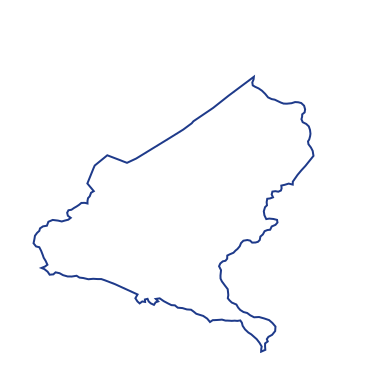 outline of São Bento do Sul, Santa Catarina, Brazil, rotated 292°
{"feature_id": "56859067B90666299888242", "entity_name": "São Bento do Sul", "entity_type": "district", "adm_level": 2, "iso_a3": "BRA", "parent_name": "Brazil", "parent_adm1": "Santa Catarina", "projection": "natural_earth1", "projection_center": [-49.376, -26.295], "detail": "fine", "context": "isolated", "style": "outline", "palette": "blue", "viewbox_px": 384, "rotation_deg": 292, "n_neighbors": 0, "source": "geoboundaries", "source_scale": "gbopen_adm2", "svg_char_len": 2973}
<svg xmlns="http://www.w3.org/2000/svg" viewBox="0 0 384 384"><g transform="rotate(292 192 192)"><path d="M65.2,84.0L64.0,88.0L62.0,91.0L63.7,94.3L66.4,95.6L67.1,99.6L66.6,103.6L67.1,108.3L68.6,112.2L71.1,116.4L70.5,119.7L71.5,123.4L72.3,128.6L74.5,132.9L76.0,137.3L77.3,140.6L77.5,144.3L77.7,155.2L76.6,179.9L72.3,179.3L70.1,182.4L69.1,185.2L71.9,186.9L72.5,189.7L74.7,188.6L76.3,190.8L74.3,192.8L73.3,195.5L73.1,199.0L76.1,199.6L77.9,201.6L79.3,198.5L81.3,201.9L80.2,206.7L79.7,211.5L79.4,215.3L80.5,218.6L79.4,222.1L80.8,226.7L81.2,231.2L82.5,235.2L81.7,238.4L80.7,241.6L81.0,245.2L81.3,248.8L80.3,253.5L78.2,257.4L80.9,259.2L82.2,262.1L83.6,265.0L84.9,267.6L85.3,271.1L86.5,274.3L87.4,277.1L88.7,279.8L89.5,282.4L91.0,284.9L89.5,287.2L86.9,289.1L84.5,292.6L82.8,296.9L82.2,300.3L81.1,303.4L79.8,307.1L77.4,311.2L74.8,314.5L72.4,315.0L69.9,315.9L73.1,319.1L76.4,317.5L79.0,316.5L81.8,318.2L83.6,316.5L86.3,317.1L89.6,319.8L94.2,321.2L98.5,319.8L100.7,315.6L102.1,311.5L101.8,306.3L101.2,301.0L99.1,296.5L99.5,292.2L100.5,288.5L100.0,284.7L100.7,280.9L102.1,278.1L104.3,275.3L104.4,270.3L105.6,267.3L106.9,265.0L110.0,264.3L112.3,263.1L115.3,261.5L117.6,257.6L120.3,253.2L122.4,250.9L125.2,249.7L130.4,248.2L133.3,244.9L136.3,245.0L139.2,246.5L140.8,248.8L143.3,249.6L146.3,248.5L148.5,250.5L151.2,253.2L154.0,254.3L156.2,255.5L159.6,256.6L163.0,256.6L166.1,257.9L168.2,261.3L168.7,264.1L167.6,266.7L168.9,269.7L170.5,271.8L172.9,272.8L176.3,272.1L179.2,273.6L182.9,274.0L185.0,276.2L186.3,278.6L189.9,278.8L192.8,281.7L195.7,282.7L198.0,281.3L197.5,277.7L196.3,273.6L194.7,271.0L197.5,267.9L201.0,265.8L205.3,265.4L207.7,266.5L210.6,265.0L213.9,264.3L215.3,266.8L217.4,269.1L219.6,266.8L222.5,266.4L224.0,269.0L224.6,271.9L226.7,273.9L229.0,273.7L231.4,272.4L233.5,275.4L236.0,278.5L236.6,282.6L239.4,281.6L247.6,283.5L253.1,285.3L258.7,287.4L271.0,291.1L275.3,288.5L277.8,285.6L279.9,282.1L282.4,280.6L284.6,281.0L288.0,280.6L290.4,280.0L293.7,278.2L296.6,275.7L297.9,272.4L298.2,268.5L300.5,266.2L303.0,265.9L305.3,265.1L308.0,266.6L311.0,265.9L314.0,263.6L315.4,260.0L315.0,256.9L314.0,253.9L311.6,251.0L309.5,247.0L308.3,243.9L308.2,240.9L308.4,237.4L308.6,234.1L308.0,231.1L308.2,227.1L310.4,223.1L312.1,219.0L313.0,215.0L313.2,211.1L313.6,208.4L316.1,206.9L319.5,206.9L322.0,206.2L295.1,189.9L277.9,180.1L258.1,166.8L255.6,166.0L246.6,160.5L234.0,151.3L202.1,127.7L194.7,120.8L194.6,116.6L194.6,113.7L194.5,109.5L194.3,99.7L180.1,91.9L177.2,91.8L174.2,91.8L165.7,91.8L160.7,91.8L156.0,100.6L153.5,98.7L149.7,98.8L147.3,97.9L144.4,98.5L142.2,99.4L141.8,96.7L140.4,93.5L137.8,92.1L135.3,90.4L133.0,88.6L130.4,86.9L128.8,84.3L126.0,84.0L123.5,85.8L122.6,89.2L120.0,87.7L117.8,84.7L115.9,82.3L115.3,78.5L113.9,73.3L110.6,70.0L106.4,70.1L104.3,66.7L101.3,64.7L98.8,65.0L96.1,63.7L92.6,62.8L89.5,63.5L85.1,64.3L83.1,67.8L83.6,71.1L80.9,74.2L77.5,77.4L75.5,79.1L73.3,82.1L70.4,85.2L67.8,83.6L65.2,80.9L65.2,84.0Z" fill="none" stroke="#1e3a8a" stroke-width="2"/></g></svg>